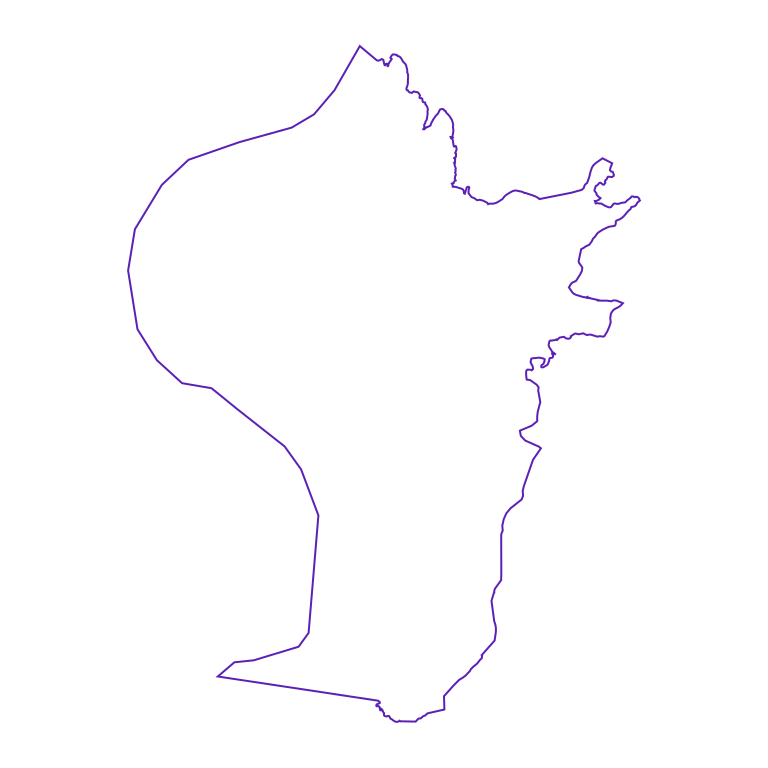 North Dayi, Volta, Ghana
{"feature_id": "2480657B8553529614763", "entity_name": "North Dayi", "entity_type": "district", "adm_level": 2, "iso_a3": "GHA", "parent_name": "Ghana", "parent_adm1": "Volta", "projection": "orthographic", "projection_center": [0.294, 6.818], "detail": "fine", "context": "isolated", "style": "outline", "palette": "violet", "viewbox_px": 768, "rotation_deg": 0, "n_neighbors": 0, "source": "geoboundaries", "source_scale": "gbopen_adm2", "svg_char_len": 6067}
<svg xmlns="http://www.w3.org/2000/svg" viewBox="0 0 768 768"><path d="M612.2,163.3L602.5,158.3L595.6,163.2L593.3,165.4L591.9,167.7L590.4,172.1L589.3,176.9L587.2,182.8L585.2,184.5L584.2,186.3L583.8,188.0L581.6,189.9L580.2,190.3L571.5,192.7L539.3,199.1L538.6,198.2L535.2,196.3L531.9,195.1L525.5,193.0L524.1,192.9L522.6,191.9L516.6,190.6L515.0,190.5L512.9,191.0L510.6,192.2L506.5,194.7L504.6,196.3L502.4,199.1L498.2,201.8L495.9,203.0L493.1,203.7L488.8,203.7L488.1,204.2L487.0,202.6L482.7,200.5L479.7,199.8L477.1,200.2L474.3,198.2L471.4,197.0L468.5,193.1L468.6,190.3L469.3,187.6L468.8,186.9L467.5,186.9L466.8,187.4L464.8,193.7L464.0,193.3L463.8,191.2L463.0,189.5L461.8,188.8L455.7,186.9L452.7,186.7L452.8,185.5L451.8,183.6L452.3,183.3L453.6,183.1L453.7,182.4L454.6,181.1L455.7,180.5L454.7,178.7L455.1,177.6L455.1,176.1L455.7,175.4L455.8,174.4L455.1,172.4L455.7,171.0L455.4,169.9L455.8,168.6L454.5,164.6L455.0,163.1L454.1,162.7L455.0,161.5L455.1,159.3L454.1,158.1L454.4,157.7L455.3,157.9L456.0,156.3L456.0,153.5L455.2,152.9L456.4,150.1L456.6,149.0L456.1,146.4L455.5,146.0L454.2,146.6L453.7,146.0L452.6,139.2L451.5,138.6L450.8,137.8L450.6,137.0L452.7,137.1L452.4,136.5L453.1,133.1L453.4,130.2L452.9,127.1L453.2,124.8L452.7,122.5L451.9,119.9L449.3,115.8L446.2,112.6L445.5,110.9L444.5,110.7L443.8,109.5L442.2,108.9L439.9,109.6L438.1,113.4L435.8,115.8L433.2,119.5L430.9,123.9L430.5,125.5L428.5,126.6L426.6,127.2L424.2,129.3L423.3,129.2L423.7,128.3L424.5,127.6L424.6,126.8L424.1,126.0L424.2,124.8L425.2,123.1L425.5,121.6L426.4,120.3L426.9,119.0L427.7,113.1L427.4,111.8L427.9,109.7L427.3,107.1L425.9,104.7L425.5,104.5L425.1,102.5L423.6,102.3L422.7,101.7L422.3,98.9L421.4,98.1L420.7,98.3L419.6,97.9L419.5,97.1L420.0,95.4L418.8,93.4L417.7,92.3L413.6,91.5L411.9,92.9L410.0,92.5L408.7,91.7L407.8,90.3L406.8,90.1L406.5,89.5L406.4,88.4L407.6,85.0L408.0,82.3L407.8,82.1L408.1,77.4L408.0,74.3L407.2,72.3L407.3,70.4L406.3,66.1L405.5,64.1L402.8,61.4L402.6,60.7L400.6,57.5L399.3,56.5L397.8,56.1L397.2,55.2L396.7,55.3L395.8,54.7L393.3,54.3L391.8,55.3L390.4,57.8L391.7,59.1L389.3,62.5L388.4,64.2L388.4,65.4L387.8,66.2L387.6,66.1L388.0,64.6L387.3,65.1L387.2,64.9L387.4,64.6L387.4,63.8L386.9,63.7L385.8,64.0L385.2,64.7L385.1,65.2L384.7,65.2L384.4,64.7L383.3,59.8L381.6,59.0L380.8,59.7L378.4,60.7L376.9,60.4L359.8,46.1L334.5,90.2L314.1,114.3L291.7,127.6L239.5,142.1L188.5,159.8L161.9,184.8L134.9,229.3L128.1,270.6L137.5,329.3L156.9,360.2L182.1,383.2L211.5,388.2L236.7,408.7L284.6,446.4L301.1,469.4L318.4,515.4L308.6,632.9L298.6,646.7L253.8,660.3L234.4,662.3L217.8,676.5L378.1,700.7L379.7,701.9L379.7,703.1L376.9,704.3L376.4,705.0L376.3,705.9L376.8,706.3L378.4,706.1L379.4,706.7L380.2,710.2L380.8,710.3L381.1,708.8L382.1,709.5L382.8,710.8L382.8,711.5L384.1,713.2L383.9,714.7L384.4,715.9L386.6,716.5L388.3,715.9L389.0,716.0L390.7,718.8L391.4,719.0L394.5,721.3L396.5,721.9L398.7,721.5L399.5,720.7L400.5,721.3L415.6,721.6L418.1,719.0L418.9,718.5L420.7,718.4L422.9,716.4L425.5,715.3L427.4,713.4L444.4,709.5L444.0,696.2L452.9,686.2L459.2,679.8L462.8,677.7L465.5,675.6L470.0,670.9L470.8,669.2L473.3,666.7L477.0,663.7L480.2,659.7L481.8,658.2L482.1,655.5L481.7,655.1L494.6,640.6L495.9,631.8L495.9,628.1L495.4,624.8L494.2,621.1L491.5,600.8L493.8,593.1L494.3,592.7L494.2,590.9L495.0,588.6L501.1,580.2L501.3,574.6L501.2,534.4L502.7,530.6L502.3,525.7L503.7,519.3L506.3,513.4L510.5,508.3L521.6,499.5L523.1,495.7L522.7,491.0L523.9,486.0L533.0,459.8L540.9,448.3L539.0,446.7L525.3,440.6L520.8,435.9L519.9,430.6L531.7,425.7L537.2,421.2L537.2,416.3L537.8,411.4L540.3,402.1L538.2,390.7L538.6,387.3L536.7,384.7L530.2,380.1L526.7,379.6L526.2,376.0L526.1,372.2L526.4,370.5L527.5,369.6L531.1,369.8L531.7,370.3L532.9,369.3L533.1,368.2L532.2,365.2L531.5,364.6L531.5,364.0L530.5,362.2L531.3,358.7L533.4,358.1L535.2,358.1L539.1,357.6L543.7,358.6L544.7,359.3L544.5,361.0L543.7,363.3L543.4,363.8L541.5,365.3L541.2,366.6L541.4,367.2L542.8,367.4L543.6,367.1L547.6,364.7L549.0,361.3L549.5,358.5L549.9,358.1L552.3,357.7L552.9,357.0L553.2,355.7L552.1,353.8L552.1,353.4L553.2,353.3L555.8,354.5L552.2,351.7L549.1,346.8L548.6,345.0L549.3,341.5L550.3,340.5L551.5,340.6L555.2,340.0L556.3,339.4L557.0,340.0L559.6,337.6L563.9,336.8L565.9,338.3L567.0,338.6L568.8,338.7L569.7,338.4L570.8,337.5L571.0,336.9L570.8,336.2L574.9,333.6L575.6,333.5L578.7,334.3L583.3,333.3L584.6,334.1L587.2,335.1L588.9,334.6L590.6,334.6L597.2,336.6L599.9,336.2L602.8,336.6L604.3,336.3L607.4,331.2L609.2,327.0L610.5,323.1L610.7,322.3L610.3,318.3L610.4,316.8L610.9,314.0L611.5,312.5L612.9,310.6L614.3,309.3L618.3,307.2L620.5,305.7L622.9,303.2L616.2,300.5L613.2,300.4L611.3,301.3L607.3,300.7L598.5,300.6L598.0,300.3L597.6,300.5L596.6,299.7L595.9,299.7L596.2,299.6L589.8,298.2L589.7,297.9L588.1,298.0L587.9,297.5L587.5,297.9L586.4,297.7L586.5,297.3L585.9,297.6L584.6,297.1L583.4,297.1L575.9,294.8L573.6,293.6L572.5,292.6L568.9,287.4L570.9,284.0L572.8,282.3L573.8,282.0L576.1,280.8L580.0,274.7L581.8,271.1L582.3,268.2L582.2,267.3L579.1,262.9L578.6,261.2L581.2,249.2L583.8,247.8L585.4,246.6L589.3,244.7L591.8,241.3L592.9,238.9L595.0,236.7L597.4,233.3L599.0,232.0L603.0,229.5L607.2,227.5L609.3,226.7L614.4,225.9L615.0,225.5L615.6,224.4L615.8,223.3L615.8,221.5L616.3,220.7L617.9,219.9L619.8,219.3L622.1,217.7L623.8,216.2L628.6,210.6L630.4,209.2L631.2,207.3L631.7,206.9L633.3,206.7L635.1,205.9L636.0,205.1L637.4,202.6L639.9,200.5L639.3,199.6L639.3,198.9L638.4,197.7L637.3,197.0L635.5,196.8L634.8,197.2L633.1,196.4L631.6,196.5L630.5,197.9L627.3,200.3L625.3,202.3L621.4,202.9L618.7,203.8L616.8,203.9L614.8,203.4L613.5,203.9L611.1,207.0L609.9,207.4L608.9,207.3L605.6,206.1L601.1,203.5L600.1,203.6L597.5,203.2L595.7,203.4L594.9,201.0L595.9,201.1L596.9,200.7L599.2,199.5L600.5,198.1L598.6,196.9L597.2,195.4L596.4,194.2L596.4,193.1L594.5,190.9L594.5,189.9L595.8,186.0L597.4,185.2L599.4,182.9L600.5,182.7L603.0,184.6L603.9,184.7L605.4,182.7L604.9,181.6L605.2,180.7L605.5,180.1L606.5,179.5L607.6,177.2L608.1,176.7L612.1,177.0L613.7,175.9L613.9,175.1L612.9,172.1L612.7,171.8L611.0,171.5L609.9,170.0L610.5,167.6L612.2,163.3Z" fill="none" stroke="#5b21b6" stroke-width="2"/></svg>